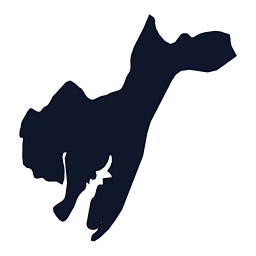 the Region of Tombali
{"feature_id": "GNB-778", "entity_name": "Tombali", "entity_type": "Region", "adm_level": 1, "iso_a3": "GNB", "parent_name": "Guinea-Bissau", "parent_adm1": "", "projection": "equal_earth", "projection_center": [-15.06, 11.313], "detail": "fine", "context": "isolated", "style": "filled", "palette": "ink", "viewbox_px": 256, "rotation_deg": 0, "n_neighbors": 0, "source": "natural_earth", "source_scale": "10m", "svg_char_len": 2290}
<svg xmlns="http://www.w3.org/2000/svg" viewBox="0 0 256 256"><path d="M235.9,55.7L216.6,69.6L207.7,71.7L189.6,69.0L180.7,70.2L175.4,74.1L171.5,79.8L150.0,121.6L146.7,132.6L142.4,155.6L121.6,209.0L114.3,220.5L108.1,229.0L99.7,236.9L94.2,240.6L91.7,240.1L92.3,236.3L93.8,234.3L95.7,233.0L97.6,231.2L100.8,224.6L102.2,223.0L102.2,221.0L100.6,221.0L99.7,223.7L98.5,226.1L97.0,227.9L94.6,229.0L92.1,229.1L89.7,228.4L87.9,226.7L87.2,224.1L91.1,202.6L92.4,199.0L94.7,197.4L96.1,193.6L97.1,189.3L98.4,186.0L99.7,185.2L102.4,185.4L103.5,184.9L103.7,183.8L103.4,179.9L103.5,178.9L112.6,177.9L112.2,175.5L111.0,173.5L109.6,172.0L108.1,170.9L111.0,166.8L112.7,161.3L112.5,156.1L109.5,153.0L107.5,160.6L104.3,166.1L99.9,169.5L94.6,170.9L95.9,175.6L94.9,178.5L92.8,179.1L90.3,176.9L89.9,178.4L89.3,179.6L88.8,180.9L88.7,182.9L87.9,182.2L85.6,180.9L85.5,186.5L84.3,189.2L82.0,191.0L79.1,194.1L76.6,198.3L73.4,206.5L67.7,216.7L65.4,219.7L62.7,221.0L59.9,219.4L56.6,215.5L54.1,211.2L53.8,208.0L56.2,205.7L62.7,201.4L65.0,199.0L66.1,195.7L67.8,182.9L65.5,158.3L67.8,151.1L62.9,152.1L61.7,156.5L62.4,162.1L63.5,167.1L63.8,171.6L63.6,178.6L62.0,183.7L56.4,180.7L48.7,180.9L46.4,180.0L44.7,178.7L43.5,177.6L42.6,176.9L37.6,177.9L34.9,177.3L33.7,174.0L33.1,170.8L31.6,168.7L29.4,167.5L27.0,167.1L23.8,164.1L23.0,157.0L23.2,143.0L23.8,139.8L23.7,137.9L22.5,137.0L21.1,137.0L20.4,136.6L20.2,135.7L20.1,133.9L20.4,130.8L21.5,127.0L21.8,123.9L22.8,121.2L28.3,111.4L30.6,108.9L32.0,109.3L36.4,112.0L38.9,112.7L41.1,111.8L44.2,107.8L46.3,106.9L48.6,105.3L51.1,101.3L53.4,96.7L55.4,94.8L66.1,83.0L70.1,81.3L71.1,81.8L75.1,84.4L78.7,87.9L80.4,88.8L81.2,89.4L81.9,90.2L85.3,95.9L86.3,97.1L87.6,98.4L90.1,100.0L91.8,100.4L93.3,100.5L101.2,96.8L106.4,95.7L107.6,95.3L109.7,94.0L110.7,93.5L119.1,90.9L121.0,89.7L122.3,88.5L124.7,83.8L127.2,76.9L128.5,74.7L129.4,73.4L130.1,72.3L130.6,71.1L131.0,69.7L131.2,68.1L131.3,66.3L131.1,60.8L131.4,57.2L131.7,55.5L134.6,47.1L144.4,27.9L149.6,15.4L153.4,18.0L154.4,20.6L154.4,24.0L155.4,28.8L159.0,35.3L164.4,41.5L170.4,44.8L175.6,42.7L181.4,34.9L183.6,33.9L187.2,34.2L187.9,34.8L190.4,37.4L191.8,38.2L193.8,37.9L199.9,34.4L204.8,33.0L214.7,31.6L219.6,32.0L229.0,34.9L229.8,39.1L229.8,41.3L230.9,46.4L235.8,55.6L235.9,55.7Z" fill="#0f172a" stroke="#020617" stroke-width="1.5"/></svg>